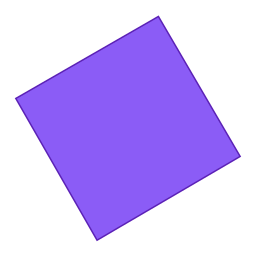 the district of Archer, Texas, United States of America, rotated 60°
{"feature_id": "52423323B89953257646119", "entity_name": "Archer", "entity_type": "district", "adm_level": 2, "iso_a3": "USA", "parent_name": "United States of America", "parent_adm1": "Texas", "projection": "natural_earth1", "projection_center": [-98.688, 33.616], "detail": "fine", "context": "isolated", "style": "filled", "palette": "violet", "viewbox_px": 256, "rotation_deg": 60, "n_neighbors": 0, "source": "geoboundaries", "source_scale": "gbopen_adm2", "svg_char_len": 237}
<svg xmlns="http://www.w3.org/2000/svg" viewBox="0 0 256 256"><g transform="rotate(60 128 128)"><path d="M46.3,210.4L209.7,210.9L209.5,184.3L208.7,45.1L46.6,45.9L46.3,210.4Z" fill="#8b5cf6" stroke="#5b21b6" stroke-width="1.5"/></g></svg>